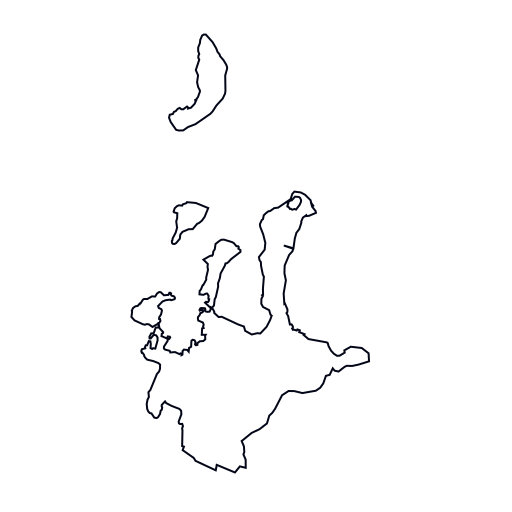 Neiafu, Vava'u, Tonga, rotated 184°
{"feature_id": "48082658B15752007893328", "entity_name": "Neiafu", "entity_type": "district", "adm_level": 2, "iso_a3": "TON", "parent_name": "Tonga", "parent_adm1": "Vava'u", "projection": "natural_earth1", "projection_center": [-173.963, -18.667], "detail": "fine", "context": "isolated", "style": "outline", "palette": "ink", "viewbox_px": 512, "rotation_deg": 184, "n_neighbors": 0, "source": "geoboundaries", "source_scale": "gbopen_adm2", "svg_char_len": 6125}
<svg xmlns="http://www.w3.org/2000/svg" viewBox="0 0 512 512"><g transform="rotate(184 256 256)"><path d="M251.5,44.0L252.1,52.1L254.7,57.2L254.0,59.7L254.8,65.3L257.4,70.4L247.9,79.3L240.5,83.4L233.4,89.7L231.6,97.7L228.8,100.7L226.3,104.9L220.3,118.9L214.1,123.6L208.3,123.9L200.1,122.5L186.9,125.8L182.8,129.0L180.0,133.6L177.9,141.3L174.2,142.6L171.6,149.3L169.6,147.1L165.6,146.5L159.9,151.6L157.8,152.8L152.5,153.0L146.2,154.8L135.9,158.8L136.9,166.8L144.1,171.6L155.1,172.1L161.3,168.0L160.8,165.8L165.6,162.4L168.2,162.1L171.5,163.9L174.6,166.9L177.3,171.1L178.4,174.2L179.5,174.8L197.9,176.8L202.9,180.5L202.2,181.4L207.6,183.1L207.1,184.9L209.6,185.6L210.2,184.5L213.3,185.2L214.0,184.9L214.9,186.2L214.2,187.0L214.4,188.5L215.8,190.3L217.4,190.0L219.7,198.2L221.6,201.2L220.8,202.3L220.9,204.9L223.9,210.7L224.4,210.3L225.8,220.5L224.5,233.8L226.4,240.6L226.6,244.4L226.7,248.6L223.0,259.4L220.0,263.2L219.3,265.8L229.0,268.4L219.2,266.3L218.5,276.2L217.3,282.0L214.7,285.9L213.1,292.3L213.3,293.5L211.9,297.6L208.8,300.1L208.6,299.3L205.9,299.8L199.2,303.2L199.7,305.0L203.4,309.0L204.1,310.9L201.8,309.4L204.6,312.8L205.5,315.5L211.3,320.5L215.8,322.5L222.2,322.9L224.1,320.5L225.2,316.1L224.0,314.3L221.2,317.9L217.4,317.9L216.1,317.1L214.9,314.8L215.0,312.9L216.2,309.8L219.3,305.1L220.8,305.6L223.1,304.7L224.6,305.6L225.4,305.3L227.2,307.5L228.0,307.4L228.3,307.9L227.5,310.7L228.4,311.3L225.5,313.7L226.1,314.6L237.3,305.8L241.2,305.0L245.1,301.8L246.7,301.5L249.2,299.3L251.1,297.1L251.6,293.3L252.8,292.1L254.3,288.1L253.9,285.6L250.3,278.0L247.6,269.7L247.8,262.9L253.0,255.2L252.3,252.3L250.7,250.2L250.3,246.6L247.9,237.9L246.7,236.0L246.8,223.9L246.3,218.3L247.2,217.4L246.3,216.7L247.6,213.8L247.4,208.7L245.4,205.6L239.1,202.9L237.4,198.4L236.2,197.6L237.5,193.0L240.5,186.1L246.3,179.0L249.3,179.1L254.7,177.4L261.6,180.6L263.1,184.8L269.1,186.5L286.0,193.0L289.0,192.5L293.7,196.3L293.8,197.6L295.3,200.0L296.1,200.3L296.1,201.5L294.5,203.7L294.2,209.9L293.2,212.3L291.6,222.8L292.0,225.9L290.5,231.5L290.1,236.1L286.5,243.9L285.9,246.5L284.6,246.7L283.1,248.0L280.7,251.1L271.8,259.0L271.9,260.8L274.1,262.1L273.8,263.7L274.5,264.5L276.2,264.4L279.1,267.4L280.9,268.2L289.1,270.1L291.6,269.8L293.2,268.8L297.2,265.2L297.6,259.9L298.9,257.5L299.1,254.3L299.9,253.1L300.7,253.3L302.5,252.5L308.2,248.7L303.5,244.7L303.6,241.7L302.9,238.9L304.2,231.0L304.0,228.9L306.6,223.3L307.2,223.1L308.6,218.8L309.8,217.2L309.7,213.8L305.8,213.6L303.0,215.1L302.0,215.1L300.5,212.9L300.6,210.6L300.3,209.7L299.7,209.6L300.0,207.8L300.7,206.7L302.7,206.8L303.6,205.9L298.7,201.9L297.9,202.0L297.5,199.7L298.4,197.3L300.4,196.9L302.4,197.2L303.4,198.2L302.8,199.2L303.3,200.3L307.1,200.3L308.0,199.7L308.6,198.2L308.2,197.6L306.2,198.7L306.0,198.1L304.8,198.0L304.9,196.8L306.3,195.5L307.5,195.2L308.1,193.1L309.6,191.0L309.6,189.3L309.1,187.6L304.3,185.9L303.4,183.8L303.9,182.0L303.2,180.5L304.7,180.0L304.6,173.6L300.7,173.9L301.2,172.9L300.8,169.3L302.7,167.5L306.1,167.0L308.5,164.8L308.3,163.2L309.7,162.8L310.6,163.5L310.4,166.1L311.5,167.7L313.5,168.0L314.5,166.9L314.4,160.9L316.4,159.6L316.5,155.9L318.1,157.5L321.4,157.6L322.6,156.0L322.5,152.5L323.4,151.9L323.5,153.4L324.5,153.6L325.5,152.8L330.1,154.5L334.8,153.8L335.5,155.4L340.2,156.3L341.4,157.3L341.5,159.2L338.2,165.2L338.5,167.2L336.9,167.1L335.9,168.8L336.4,169.5L338.4,169.6L338.8,167.9L339.5,167.7L344.7,169.5L344.5,171.9L343.4,172.7L343.3,173.6L347.2,177.2L348.6,182.4L347.8,182.6L346.8,184.6L347.4,186.5L348.3,186.5L348.2,188.4L346.7,190.9L346.0,195.0L346.7,196.3L349.4,197.4L350.2,199.2L346.1,204.1L343.0,205.6L338.6,206.5L337.5,206.0L334.3,207.2L333.9,207.9L334.1,209.0L335.1,210.1L337.4,210.5L338.4,211.7L338.1,212.8L339.2,213.4L339.8,213.3L340.7,211.1L345.1,210.4L348.4,213.2L350.1,213.3L352.1,211.7L353.8,208.5L356.9,208.5L361.4,205.5L364.8,205.3L365.8,204.5L367.8,200.8L368.6,200.6L368.7,199.7L369.5,199.5L370.4,198.0L372.8,197.4L375.0,195.6L376.1,192.8L375.7,191.7L376.0,186.5L372.7,183.3L364.0,180.0L362.1,179.7L360.0,180.5L358.0,180.3L354.3,178.0L348.9,181.7L347.8,178.0L351.1,177.5L352.7,171.8L355.1,171.5L356.7,168.0L356.4,166.3L355.3,166.4L352.5,170.2L350.0,169.9L348.5,167.8L348.3,164.8L350.0,156.6L352.3,156.8L353.1,156.0L354.8,156.8L354.8,160.8L355.4,163.5L357.0,163.6L358.4,159.3L359.8,159.2L360.4,157.3L360.0,156.2L363.4,155.0L363.8,153.1L363.2,151.5L362.6,151.7L360.8,149.6L360.4,148.1L359.0,146.4L357.2,145.0L351.1,144.0L346.0,142.4L344.1,141.0L343.9,136.8L344.6,134.0L346.6,131.4L352.0,115.1L353.8,112.6L353.0,107.9L354.2,105.1L354.7,100.7L353.9,95.9L352.7,93.5L351.0,91.9L349.3,91.7L346.2,87.7L343.9,87.4L342.5,88.3L340.7,91.8L340.3,95.1L339.3,96.0L339.0,98.4L339.7,99.7L339.6,100.9L336.6,104.6L335.3,103.0L329.8,100.6L321.7,98.1L319.9,96.4L319.4,92.9L321.6,85.5L321.4,84.5L321.2,83.7L320.1,83.1L317.9,83.4L317.0,81.1L317.7,79.0L317.2,77.0L316.4,61.2L314.6,60.8L315.6,57.2L304.0,50.2L302.0,47.4L281.2,39.4L280.6,44.9L261.9,38.6L257.4,45.0L251.5,44.0ZM337.4,376.2L332.8,379.9L325.6,383.3L311.4,394.7L309.4,397.2L305.9,403.5L300.2,410.7L298.2,415.8L298.0,418.6L299.3,434.0L297.9,440.8L298.0,442.4L299.0,444.7L302.0,449.0L305.8,452.9L306.4,454.6L308.6,456.9L310.1,460.2L314.2,466.3L321.5,473.4L323.4,473.3L325.1,472.2L326.7,467.7L326.8,464.5L328.2,460.1L328.0,456.5L326.7,453.4L327.4,451.8L327.4,449.7L326.3,447.9L329.0,437.3L326.4,432.1L326.9,425.2L325.5,420.5L323.6,417.4L323.4,416.1L325.0,410.5L326.7,407.8L327.5,407.5L327.4,406.8L326.6,406.8L327.9,403.4L331.2,399.4L334.0,398.4L333.9,399.2L335.2,400.3L338.9,397.2L340.8,397.2L342.5,398.4L344.4,397.3L346.2,394.9L348.0,394.0L348.8,391.9L351.9,390.9L352.4,387.9L350.5,383.8L344.5,376.3L341.7,375.8L337.4,376.2ZM336.5,263.4L333.2,267.9L333.0,272.1L331.0,275.0L325.1,278.0L321.0,278.4L316.9,284.1L315.3,284.8L312.5,287.4L310.0,291.4L307.0,300.5L319.7,304.7L328.6,304.9L329.1,303.9L332.6,302.4L333.2,301.1L336.4,301.2L338.2,300.3L340.4,298.0L341.3,294.4L340.7,293.8L337.5,293.2L337.3,288.2L338.0,285.0L336.7,278.7L337.7,273.9L340.4,267.6L340.4,266.1L341.0,265.2L340.7,263.2L340.0,262.4L338.0,262.3L336.5,263.4Z" fill="none" stroke="#020617" stroke-width="2"/></g></svg>